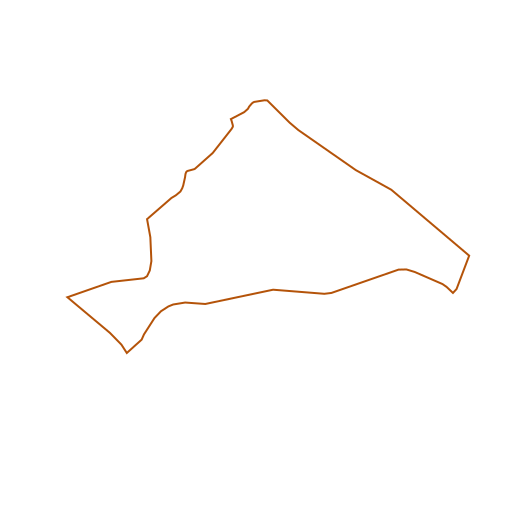 an SVG outline of Khartoum, rotated 149°
{"feature_id": "SDN-874", "entity_name": "Khartoum", "entity_type": "Region", "adm_level": 1, "iso_a3": "SDN", "parent_name": "Sudan", "parent_adm1": "", "projection": "equal_earth", "projection_center": [32.98, 15.925], "detail": "fine", "context": "isolated", "style": "outline", "palette": "amber", "viewbox_px": 512, "rotation_deg": 149, "n_neighbors": 0, "source": "natural_earth", "source_scale": "10m", "svg_char_len": 921}
<svg xmlns="http://www.w3.org/2000/svg" viewBox="0 0 512 512"><g transform="rotate(149 256 256)"><path d="M330.4,343.7L298.6,349.3L293.5,349.3L287.6,350.2L284.3,352.1L282.0,354.0L276.3,360.0L274.7,362.0L274.0,362.8L272.6,363.9L271.5,364.2L270.7,364.1L264.4,362.3L263.5,362.2L240.0,366.6L211.5,377.5L209.5,378.6L208.9,379.2L208.5,380.2L207.3,384.5L207.0,386.3L192.0,385.4L187.1,386.3L184.9,387.6L181.0,388.9L179.5,389.1L178.2,389.0L168.5,385.1L166.2,383.5L158.5,353.0L154.8,342.0L126.2,278.2L105.9,243.1L73.1,146.5L101.1,124.4L106.2,122.9L108.5,131.2L110.6,135.9L128.2,160.6L134.0,167.0L140.8,170.9L210.4,185.5L216.9,188.4L258.7,218.3L324.2,241.0L340.7,252.6L352.0,257.1L357.1,257.9L365.9,257.6L375.0,255.1L392.4,246.5L397.1,243.2L416.7,239.4L417.0,249.3L420.8,265.3L438.9,317.8L393.3,308.3L363.7,294.7L359.8,294.8L354.5,298.3L348.3,305.5L336.9,326.5L330.4,343.7Z" fill="none" stroke="#b45309" stroke-width="2"/></g></svg>